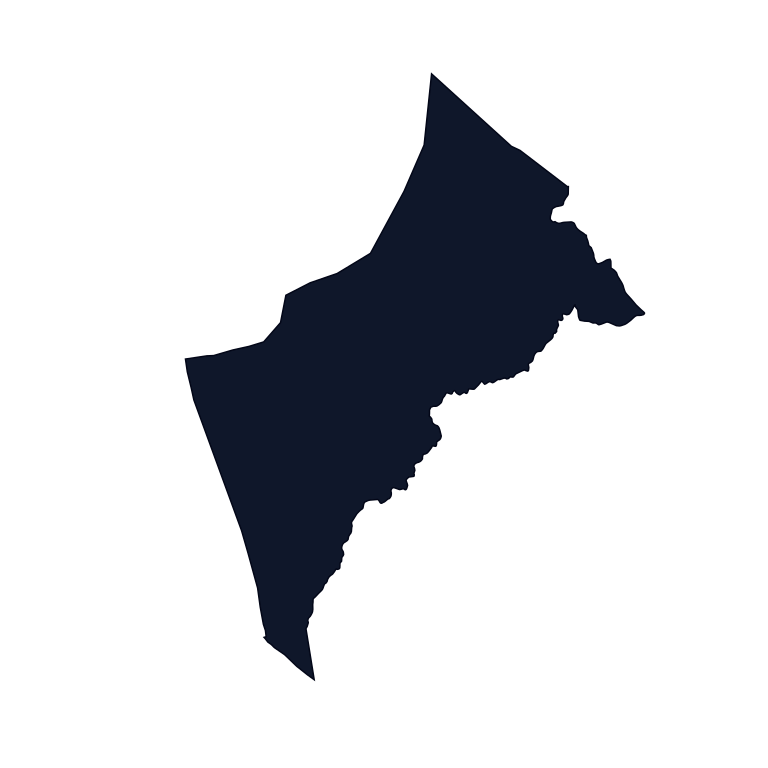 San Francisco de Opalaca, Intibucá, Honduras, rotated 33°
{"feature_id": "27666195B85472464338427", "entity_name": "San Francisco de Opalaca", "entity_type": "district", "adm_level": 2, "iso_a3": "HND", "parent_name": "Honduras", "parent_adm1": "Intibucá", "projection": "robinson", "projection_center": [-88.233, 14.52], "detail": "fine", "context": "isolated", "style": "filled", "palette": "ink", "viewbox_px": 768, "rotation_deg": 33, "n_neighbors": 0, "source": "geoboundaries", "source_scale": "gbopen_adm2", "svg_char_len": 6169}
<svg xmlns="http://www.w3.org/2000/svg" viewBox="0 0 768 768"><g transform="rotate(33 384 384)"><path d="M431.1,118.0L430.2,118.6L370.8,114.0L361.4,115.3L255.0,98.0L287.5,161.7L295.9,211.6L301.5,281.8L284.5,316.9L267.0,339.3L253.4,363.0L263.8,388.9L260.2,414.2L250.3,426.0L238.7,437.8L225.7,452.9L220.1,456.9L203.9,471.2L212.4,480.9L224.3,492.1L233.2,500.9L344.5,584.6L362.0,599.8L389.1,623.9L401.7,638.5L413.7,651.2L418.8,655.3L422.8,660.1L421.4,661.8L422.9,662.2L427.2,663.7L430.8,663.8L432.7,664.1L434.7,664.6L436.5,664.8L448.0,665.1L464.7,668.3L478.5,669.6L486.5,670.0L451.8,631.7L451.6,629.1L450.7,626.0L450.2,625.0L449.3,624.4L448.9,623.9L448.6,623.2L448.3,622.3L448.2,621.1L448.6,619.1L448.6,617.5L448.4,615.4L448.1,614.0L447.0,611.7L444.4,607.9L443.2,605.5L442.0,603.6L441.7,602.8L441.7,602.1L442.3,599.9L443.2,594.9L443.9,591.9L444.2,590.0L444.0,588.4L443.4,586.1L443.1,584.5L443.1,583.9L443.7,582.6L443.8,581.1L443.7,580.2L443.2,578.9L443.1,578.2L443.0,576.8L443.0,575.6L443.5,573.6L444.2,572.0L444.4,571.4L444.6,568.4L444.5,566.1L444.6,565.4L444.8,565.1L445.6,565.0L446.3,564.4L447.0,563.5L447.1,562.8L447.0,562.2L446.6,561.5L445.8,560.1L445.0,558.9L444.7,558.3L444.7,557.9L444.9,555.7L443.1,552.5L443.2,550.1L443.0,549.0L442.1,547.9L441.4,547.1L440.5,546.5L439.3,546.0L437.8,544.7L436.9,542.5L436.6,540.8L436.8,539.0L437.5,537.6L438.4,535.3L438.5,533.9L438.0,532.8L437.3,531.0L437.2,528.7L437.4,527.4L437.0,525.5L435.1,522.0L434.6,520.5L432.6,518.5L432.2,517.8L431.9,516.9L432.0,515.6L431.9,507.5L432.6,503.9L433.1,502.2L433.7,500.8L433.9,499.5L432.4,495.9L432.1,494.5L432.2,493.4L432.8,492.4L434.1,490.4L435.2,489.2L441.4,484.4L442.1,484.2L442.7,484.3L443.9,484.8L445.2,485.5L446.0,485.7L446.8,485.4L447.4,484.6L447.8,483.7L448.5,482.7L448.9,481.6L449.9,478.3L450.5,477.7L450.8,477.2L451.0,476.0L450.9,474.3L450.4,472.9L449.5,471.4L448.1,470.0L447.6,468.9L447.5,468.2L447.5,467.4L447.7,466.6L447.9,466.1L448.4,465.8L449.4,465.3L454.4,464.1L455.1,463.6L457.0,461.5L458.3,461.1L459.3,461.2L459.7,460.9L459.9,460.5L460.0,459.8L459.8,458.8L459.4,457.4L459.0,456.2L458.0,455.2L455.4,453.2L454.9,452.5L454.8,451.9L455.0,450.4L455.6,448.4L458.9,445.6L459.3,445.1L459.3,444.6L458.7,443.5L457.7,442.6L456.9,439.6L455.6,438.2L453.8,436.8L453.5,436.0L453.4,435.0L453.5,434.0L453.8,433.2L454.5,432.0L455.7,430.7L456.5,429.3L456.9,428.1L457.0,427.0L457.0,425.8L456.4,424.9L455.9,424.0L455.5,422.8L455.3,421.8L455.6,421.2L456.4,420.5L456.9,419.9L457.7,418.5L457.9,418.0L458.2,415.9L458.5,411.2L458.2,409.7L458.5,409.4L461.1,408.2L461.3,408.0L461.4,407.5L461.3,407.0L460.9,406.0L459.7,403.8L460.3,402.2L461.0,400.5L461.1,399.8L461.1,398.9L460.9,398.0L460.6,397.0L460.2,396.3L455.8,392.2L454.5,391.2L453.8,390.7L452.6,390.2L451.6,390.0L450.9,390.1L449.9,390.4L449.0,390.5L447.7,390.5L446.5,390.3L445.7,390.0L444.6,389.1L443.4,387.6L442.9,387.2L441.1,386.5L439.5,386.3L438.1,383.8L436.3,381.0L435.9,377.9L437.6,375.7L439.6,374.4L440.4,373.6L441.3,371.6L442.0,369.1L442.1,368.3L442.0,367.5L441.2,364.7L441.0,363.0L441.3,361.3L441.1,358.7L441.1,357.9L441.3,357.4L441.8,357.0L442.6,356.7L445.3,356.0L446.0,355.6L446.3,354.8L446.0,353.6L446.2,352.4L446.3,351.6L446.7,351.2L447.3,351.1L448.9,351.8L450.3,352.1L452.2,352.1L453.2,351.9L453.5,351.7L453.8,351.4L454.9,348.7L455.7,347.4L456.1,347.2L457.7,347.2L458.3,346.9L458.5,346.4L458.6,345.8L457.9,342.6L457.9,341.9L458.4,341.5L461.5,339.9L462.3,339.3L462.6,338.8L463.7,333.4L464.1,329.5L464.4,328.5L464.9,328.3L467.7,329.2L468.6,329.3L469.3,328.3L470.5,325.5L471.1,324.6L472.6,324.0L474.1,323.9L474.6,323.5L475.2,322.6L476.7,318.8L477.1,318.2L477.6,317.7L478.3,317.4L478.7,317.2L481.2,314.0L482.3,313.1L482.8,312.9L483.9,313.0L484.7,312.4L485.3,311.7L486.2,308.9L486.5,308.7L487.0,308.7L487.5,308.6L488.6,307.7L488.7,307.3L488.9,304.4L489.2,303.4L492.6,297.8L493.6,296.4L494.0,295.9L494.4,295.7L495.7,295.5L497.0,295.1L497.5,294.9L497.7,294.5L497.8,294.1L497.6,293.6L496.8,291.9L496.4,291.2L494.7,289.4L494.3,288.7L494.2,288.2L494.3,287.6L495.3,286.0L495.9,283.8L495.6,282.2L494.5,279.0L494.2,277.4L494.2,276.2L494.4,274.5L494.9,273.5L495.4,272.9L497.6,271.1L497.8,270.7L497.9,270.1L498.1,268.6L498.1,267.1L497.8,263.4L497.8,261.7L499.6,256.3L500.0,254.6L500.1,253.8L500.0,252.4L499.1,250.8L498.9,249.8L498.8,249.0L499.1,248.5L499.6,248.4L499.8,248.3L500.2,246.0L499.5,245.0L499.0,244.1L498.7,242.5L498.5,240.6L498.3,239.8L497.9,239.3L495.9,237.4L495.2,236.1L495.2,235.6L495.3,235.2L495.5,234.9L497.5,234.4L498.0,234.1L498.4,233.7L498.6,233.1L498.6,232.3L498.2,231.4L496.6,230.0L496.1,229.2L495.9,228.4L496.0,227.7L496.3,227.4L496.8,227.2L499.5,226.4L500.6,225.3L501.2,224.4L501.4,222.6L501.4,219.7L501.0,215.7L500.9,214.1L501.0,213.8L501.2,213.7L501.4,213.7L501.6,214.3L501.9,214.7L503.7,215.4L505.5,216.0L506.3,216.5L510.5,221.6L512.4,223.1L513.7,223.8L517.8,222.1L521.9,219.8L526.1,219.0L528.0,217.6L529.2,217.3L531.2,217.4L531.9,217.3L532.5,216.7L533.7,215.3L535.8,212.4L536.6,211.2L537.5,210.4L539.2,209.8L547.1,208.5L549.8,207.1L550.9,206.1L553.5,202.8L554.5,200.9L556.2,196.2L557.2,192.1L557.7,190.5L558.2,189.5L558.6,189.0L559.1,188.5L561.2,187.1L562.3,186.2L563.8,184.5L564.0,183.7L564.1,183.2L563.8,182.6L563.1,182.3L559.1,181.7L552.3,180.4L545.8,178.4L538.6,176.5L536.4,175.7L534.8,174.6L532.6,172.8L531.3,171.6L529.9,170.6L528.2,169.6L521.3,166.3L518.4,164.1L517.2,163.7L515.2,163.2L511.2,163.1L507.6,157.8L506.8,157.0L505.6,156.3L504.2,157.6L503.1,158.9L500.9,163.2L498.5,166.4L497.4,166.8L496.1,166.8L494.5,165.9L491.9,164.1L490.7,163.0L489.7,161.6L488.4,160.3L483.5,156.8L480.5,156.4L480.2,156.2L479.3,155.2L477.1,153.1L473.9,150.7L472.7,149.1L471.5,149.3L469.3,149.0L465.2,149.0L462.8,148.8L461.0,148.4L459.7,147.9L456.1,145.7L455.3,145.6L454.2,145.7L453.2,145.9L452.6,146.2L446.9,150.4L446.0,151.2L444.3,153.1L443.1,154.1L441.0,154.7L439.0,154.7L438.2,155.6L437.0,156.2L434.2,155.5L433.8,155.2L433.2,154.5L432.1,152.5L431.1,149.2L429.9,146.1L429.8,145.4L430.5,143.6L431.6,141.6L434.0,139.3L435.4,137.9L436.1,136.9L436.4,136.4L436.4,136.0L436.1,134.7L435.5,133.5L435.3,132.4L435.1,128.7L435.3,126.5L435.3,125.5L435.1,124.5L434.7,123.8L431.1,118.0Z" fill="#0f172a" stroke="#020617" stroke-width="1.5"/></g></svg>